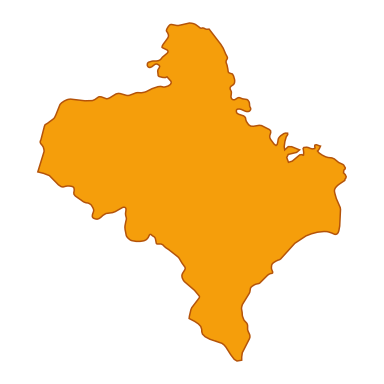 outline of Ivano-Frankivs'k
{"feature_id": "UKR-289", "entity_name": "Ivano-Frankivs'k", "entity_type": "Region", "adm_level": 1, "iso_a3": "UKR", "parent_name": "Ukraine", "parent_adm1": "", "projection": "natural_earth1", "projection_center": [24.645, 48.617], "detail": "fine", "context": "isolated", "style": "filled", "palette": "amber", "viewbox_px": 384, "rotation_deg": 0, "n_neighbors": 0, "source": "natural_earth", "source_scale": "10m", "svg_char_len": 5902}
<svg xmlns="http://www.w3.org/2000/svg" viewBox="0 0 384 384"><path d="M241.7,360.2L237.0,361.0L234.2,359.3L230.8,354.8L225.9,347.1L224.0,344.9L221.9,343.3L210.0,339.3L205.1,336.7L202.5,334.1L201.8,331.8L201.7,329.3L200.7,326.4L198.4,323.9L194.7,321.4L189.1,318.5L189.4,316.2L190.9,309.7L191.8,307.6L199.2,297.9L199.5,296.9L199.4,296.2L194.5,290.3L184.5,281.7L183.5,280.5L183.0,279.5L182.2,277.8L182.0,276.7L181.9,275.7L182.0,274.9L182.5,273.5L184.8,269.8L185.2,268.6L185.2,267.8L184.9,267.1L181.9,262.9L179.2,258.3L178.1,257.0L168.7,249.6L165.8,247.7L164.3,246.4L163.0,245.0L162.0,244.4L161.0,244.0L157.4,244.0L156.7,243.8L156.3,243.3L155.4,238.7L154.9,237.6L154.3,236.9L152.5,235.8L151.0,234.5L150.4,234.4L149.9,234.5L149.4,235.0L148.2,237.5L147.4,238.5L146.5,239.5L144.7,240.5L143.3,240.9L140.0,241.4L136.2,241.4L131.7,240.6L130.7,240.2L129.6,239.5L127.9,238.0L126.9,236.8L126.4,235.9L126.2,235.2L125.1,229.6L124.9,227.3L125.0,225.8L125.9,221.1L126.3,219.7L126.4,218.1L125.7,215.5L125.6,214.8L125.5,213.5L126.0,209.8L125.9,208.4L125.4,207.7L124.7,207.3L123.9,207.2L123.2,207.3L122.5,207.5L115.3,211.6L112.6,212.6L106.0,213.5L103.0,215.3L100.6,217.5L98.9,218.6L97.4,219.1L96.5,219.1L95.4,218.9L93.7,218.3L92.9,217.7L92.5,217.1L92.3,216.4L92.4,214.9L92.8,213.5L93.3,212.2L93.7,210.7L93.6,209.6L93.2,208.4L92.2,206.5L91.0,204.7L89.3,203.6L87.9,203.0L86.1,202.8L84.9,202.4L83.5,201.8L75.4,196.1L74.6,195.1L74.0,194.3L73.8,192.8L74.2,190.4L74.2,189.4L73.9,187.8L73.3,187.1L72.5,186.6L70.9,186.2L69.1,186.0L67.3,186.0L65.6,186.3L63.4,186.9L62.3,186.9L61.1,186.6L58.4,184.8L49.4,175.6L43.7,173.4L37.8,171.9L44.1,151.4L44.0,149.8L43.3,147.1L42.3,145.5L40.9,143.8L40.3,142.7L40.2,141.9L40.3,141.1L40.9,139.9L44.4,126.3L45.1,124.7L47.5,123.3L53.9,118.5L54.8,117.1L55.9,114.8L59.8,105.0L60.1,104.4L61.5,102.9L64.1,101.1L66.6,99.9L68.1,99.4L70.5,99.1L85.0,100.8L92.4,100.6L94.8,99.6L98.0,97.3L98.9,96.8L99.7,96.7L101.4,96.9L106.6,98.8L107.8,98.6L109.6,97.9L116.1,93.9L118.5,93.4L120.3,93.6L126.6,95.4L127.5,95.5L129.2,95.4L136.1,92.8L137.7,92.6L141.3,92.8L144.5,92.2L146.0,91.7L152.2,88.6L157.9,86.7L160.5,86.4L162.2,86.7L162.8,86.9L163.9,87.1L165.2,86.9L168.1,86.0L169.5,85.1L170.4,84.4L171.1,83.1L171.2,82.4L171.1,81.7L170.8,81.1L167.0,76.8L165.3,77.6L162.5,77.4L159.1,76.5L158.2,75.7L157.7,71.2L157.8,70.5L158.0,69.7L159.2,67.8L159.5,67.0L159.7,66.3L159.4,65.7L159.0,65.2L158.5,64.8L157.3,64.2L156.5,64.0L155.7,64.1L154.9,64.4L151.9,66.7L150.6,67.3L149.9,67.5L149.1,67.4L148.5,67.1L147.9,66.6L147.6,66.1L147.3,65.4L147.3,64.5L147.5,63.3L148.0,62.7L148.6,62.2L151.5,61.3L153.1,61.0L156.3,61.0L158.3,60.7L160.0,59.9L161.0,59.0L162.4,57.2L167.2,53.2L167.8,52.4L168.0,51.7L167.9,51.0L167.6,50.5L167.1,50.0L162.6,47.8L162.0,47.3L162.2,46.1L163.1,44.4L167.5,38.4L168.3,37.0L168.5,35.5L168.4,34.8L167.7,32.9L166.6,31.3L166.4,30.7L166.6,29.7L167.1,28.5L168.4,26.4L169.3,25.4L170.1,24.7L170.9,24.5L171.7,24.5L176.9,25.5L178.5,25.5L189.5,23.0L191.3,23.2L193.0,23.5L194.5,24.0L195.7,24.6L199.0,27.0L199.6,27.6L200.8,28.2L201.5,28.2L202.8,27.9L204.2,28.3L205.5,29.0L206.3,29.2L207.0,29.3L209.1,29.1L220.9,44.5L223.2,48.2L225.8,54.3L226.5,55.5L227.4,57.4L227.4,58.2L227.2,58.9L226.5,60.0L226.2,60.7L226.0,62.2L227.1,65.4L227.8,68.9L228.2,71.8L228.6,72.4L229.3,73.0L232.4,74.0L232.9,74.8L233.6,76.1L234.1,77.9L234.5,79.2L234.7,80.7L234.6,82.2L234.4,83.0L233.8,84.2L233.3,84.7L231.1,86.2L230.7,86.7L230.3,87.2L230.1,87.9L230.1,88.6L230.2,89.2L231.3,91.6L231.4,92.3L231.3,93.9L231.0,96.2L231.0,97.0L231.4,98.3L232.2,99.3L233.0,99.7L234.3,99.8L235.1,99.5L237.5,98.0L238.2,97.7L238.9,97.6L239.7,97.7L242.5,98.8L246.9,99.5L247.7,100.0L248.3,100.7L249.1,102.0L249.4,103.0L249.5,103.9L249.6,105.5L249.7,106.2L249.9,106.8L250.5,107.9L250.7,108.5L250.7,109.2L250.5,109.8L249.7,110.9L249.1,111.3L248.5,111.5L246.9,111.6L245.3,111.2L241.2,109.4L239.5,109.0L237.7,109.1L237.0,109.4L236.6,109.8L236.4,110.5L236.4,111.9L236.9,113.1L238.6,114.2L243.4,115.8L244.6,116.6L245.5,117.9L245.9,120.2L246.6,121.8L248.6,124.7L250.7,126.1L253.3,126.3L259.3,125.3L261.6,125.6L269.3,129.5L270.6,130.8L270.7,132.7L269.7,135.8L269.8,137.7L270.6,139.4L274.1,144.1L276.0,145.5L277.2,144.4L277.8,142.0L278.1,139.9L278.5,138.4L279.4,137.1L280.6,135.8L283.8,133.6L285.5,133.1L287.6,133.2L287.7,134.6L286.2,136.9L284.9,141.5L284.2,146.6L284.7,149.9L288.3,146.6L291.7,146.7L299.6,149.9L296.6,152.4L288.3,154.4L286.7,157.5L288.5,162.3L292.3,161.1L299.7,154.9L301.9,154.6L303.1,155.3L303.5,155.1L303.7,152.4L303.4,150.1L303.1,148.5L303.8,147.5L306.7,147.2L308.5,147.6L310.3,148.4L312.3,148.9L314.7,148.5L315.0,147.7L314.7,146.4L314.8,145.2L316.1,144.7L317.0,144.9L319.3,145.8L320.5,146.1L319.3,148.7L318.6,149.9L317.5,151.0L319.1,153.0L322.2,155.1L325.6,156.8L328.1,157.5L331.9,157.9L334.3,158.9L338.7,162.5L342.8,164.4L343.7,165.1L345.3,167.9L345.1,169.0L344.2,169.6L343.7,170.8L343.6,172.5L343.5,172.9L343.9,173.2L345.3,174.7L346.2,176.8L345.7,178.3L344.9,179.3L344.8,180.4L339.3,184.1L337.5,185.5L336.2,186.9L335.5,187.7L334.7,189.2L334.5,190.2L334.4,191.0L334.8,193.2L336.3,198.5L340.2,207.5L340.5,209.5L339.7,226.1L338.8,230.9L338.2,232.4L337.5,233.5L336.8,234.0L336.1,234.3L335.2,234.4L334.4,234.2L331.7,233.0L328.7,232.0L327.0,231.6L324.0,231.5L317.4,232.2L311.4,233.8L306.0,235.9L294.8,243.3L280.7,258.9L279.5,259.7L277.9,260.2L275.8,261.2L273.6,262.6L272.6,263.5L272.0,264.3L271.7,265.0L271.5,266.5L271.4,268.1L271.7,269.5L272.7,272.0L272.6,272.9L272.1,273.3L270.4,273.6L269.2,274.1L267.6,275.2L260.0,282.8L259.5,283.2L258.9,283.5L256.1,284.1L254.6,284.7L252.2,286.2L251.1,287.2L250.5,288.1L249.8,292.1L249.1,293.6L242.5,304.3L242.0,305.7L241.6,307.4L241.5,308.7L242.1,312.2L242.3,315.3L242.6,316.6L243.8,319.7L244.1,320.3L246.7,323.1L247.3,324.2L247.6,325.6L247.6,329.5L247.8,330.3L248.2,331.5L249.6,334.5L249.9,335.9L249.9,336.6L249.9,337.3L249.4,338.8L242.3,352.7L241.7,357.0L241.7,360.2Z" fill="#f59e0b" stroke="#b45309" stroke-width="1.5"/></svg>